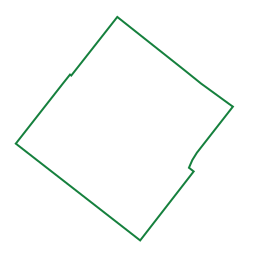 the district of Morrill, Nebraska, United States of America, rotated 38°
{"feature_id": "52423323B72555091865360", "entity_name": "Morrill", "entity_type": "district", "adm_level": 2, "iso_a3": "USA", "parent_name": "United States of America", "parent_adm1": "Nebraska", "projection": "orthographic", "projection_center": [-102.933, 41.721], "detail": "fine", "context": "isolated", "style": "outline", "palette": "green", "viewbox_px": 256, "rotation_deg": 38, "n_neighbors": 0, "source": "geoboundaries", "source_scale": "gbopen_adm2", "svg_char_len": 334}
<svg xmlns="http://www.w3.org/2000/svg" viewBox="0 0 256 256"><g transform="rotate(38 128 128)"><path d="M197.5,46.6L193.2,46.8L158.1,48.0L138.9,47.7L51.2,47.1L51.0,121.6L49.4,121.6L49.3,134.3L49.2,209.4L206.8,209.1L206.5,121.8L200.5,121.8L198.4,113.6L197.5,105.1L197.5,46.6Z" fill="none" stroke="#15803d" stroke-width="2"/></g></svg>